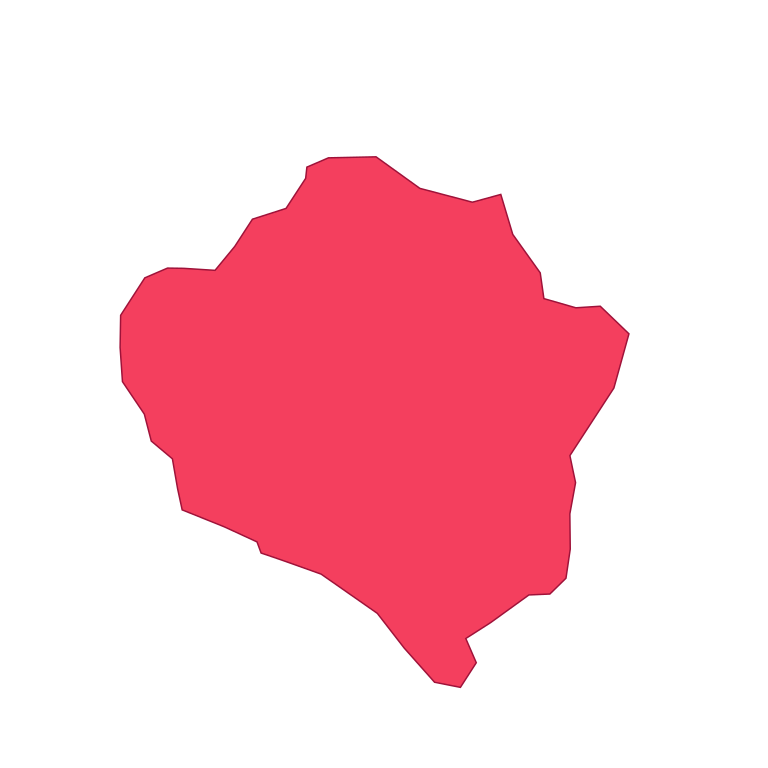 outline of Tidaholm, Västra Götaland, Sweden, rotated 123°
{"feature_id": "70781695B48750252514095", "entity_name": "Tidaholm", "entity_type": "district", "adm_level": 2, "iso_a3": "SWE", "parent_name": "Sweden", "parent_adm1": "Västra Götaland", "projection": "albers", "projection_center": [13.988, 58.167], "detail": "fine", "context": "isolated", "style": "filled", "palette": "rose", "viewbox_px": 768, "rotation_deg": 123, "n_neighbors": 0, "source": "geoboundaries", "source_scale": "gbopen_adm2", "svg_char_len": 783}
<svg xmlns="http://www.w3.org/2000/svg" viewBox="0 0 768 768"><g transform="rotate(123 384 384)"><path d="M403.7,627.1L404.7,628.7L425.2,642.4L469.8,642.3L497.1,625.2L524.5,604.6L539.8,568.6L558.6,548.1L562.0,520.7L584.2,500.1L599.5,484.7L590.8,440.3L585.6,404.5L592.7,395.0L587.6,374.8L577.7,333.2L580.0,264.7L594.5,223.1L606.6,179.1L596.8,154.7L567.5,154.8L552.9,176.8L526.0,164.6L482.0,147.6L469.8,130.5L447.8,125.6L421.0,137.9L391.7,157.4L362.4,169.6L353.1,178.9L342.8,189.1L262.2,189.0L208.5,205.9L201.0,245.0L215.6,264.6L225.3,296.4L205.7,313.5L188.4,357.5L161.4,389.3L183.4,408.9L200.4,460.5L197.8,514.4L224.6,553.8L244.1,566.8L254.2,561.7L290.1,561.8L317.4,584.1L349.9,584.1L380.7,587.6L396.1,615.0L403.7,627.1Z" fill="#f43f5e" stroke="#9f1239" stroke-width="1.5"/></g></svg>